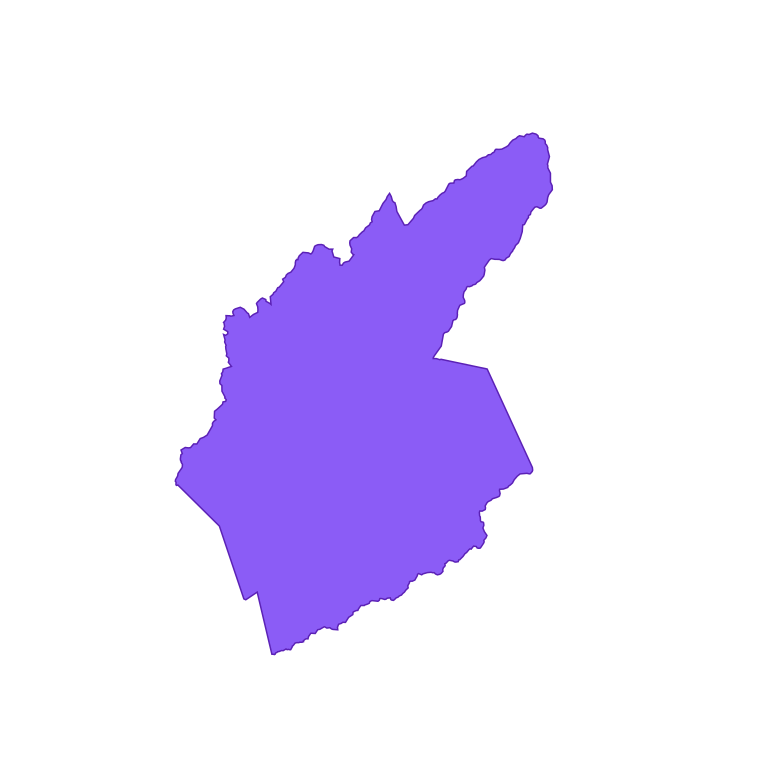 outline of Santa María, Catamarca, Argentina, rotated 27°
{"feature_id": "61730980B13734740101485", "entity_name": "Santa María", "entity_type": "district", "adm_level": 2, "iso_a3": "ARG", "parent_name": "Argentina", "parent_adm1": "Catamarca", "projection": "natural_earth1", "projection_center": [-66.174, -26.722], "detail": "fine", "context": "isolated", "style": "filled", "palette": "violet", "viewbox_px": 768, "rotation_deg": 27, "n_neighbors": 0, "source": "geoboundaries", "source_scale": "gbopen_adm2", "svg_char_len": 6155}
<svg xmlns="http://www.w3.org/2000/svg" viewBox="0 0 768 768"><g transform="rotate(27 384 384)"><path d="M444.8,140.6L445.8,134.5L443.8,131.0L440.7,128.6L436.6,120.6L431.9,117.1L430.7,114.8L429.8,114.0L428.2,106.3L423.4,100.9L422.5,99.0L420.6,97.4L418.6,96.6L417.5,94.6L416.5,93.7L414.4,93.3L410.5,94.6L409.2,94.0L408.8,93.1L408.0,92.7L406.0,92.3L402.3,93.1L400.0,95.8L397.9,96.5L397.1,98.0L396.7,100.0L392.0,101.3L390.9,103.1L390.1,105.5L388.0,108.2L386.9,111.9L386.5,115.1L385.3,117.2L382.3,121.3L379.9,122.8L377.2,124.0L376.7,125.4L376.9,126.9L376.4,128.2L375.9,128.5L374.9,131.1L372.9,132.4L371.7,135.3L369.0,137.6L366.7,140.8L365.5,144.1L364.5,149.2L363.5,150.1L361.1,157.0L362.8,161.2L361.2,164.7L359.5,167.0L358.4,167.8L357.0,168.2L354.9,169.7L354.4,170.7L355.0,173.2L351.7,175.1L351.0,176.3L351.0,184.6L350.5,186.2L349.3,187.5L348.1,190.2L347.3,193.1L347.2,195.1L345.7,195.7L344.4,198.4L341.0,201.3L339.2,203.7L338.0,206.6L338.3,210.1L338.0,211.4L337.3,212.8L334.8,219.9L335.0,223.0L333.0,231.2L330.0,233.2L317.1,224.4L314.3,220.5L311.4,217.5L309.9,217.6L308.2,216.8L305.4,213.7L302.4,211.6L301.8,215.5L302.1,218.7L301.1,223.5L301.1,231.8L297.6,234.4L297.4,240.3L298.3,243.2L299.8,244.8L298.7,246.7L298.9,248.8L296.7,253.2L296.5,256.8L295.7,258.1L294.3,262.1L293.9,264.5L293.1,266.0L290.4,267.3L288.7,271.8L289.4,273.8L290.7,275.7L293.8,278.2L294.9,281.4L297.3,282.5L298.4,282.5L297.1,290.4L294.0,293.0L293.0,294.6L292.8,297.2L290.9,298.1L289.2,295.8L287.7,292.3L281.6,293.6L277.3,289.1L277.1,287.1L273.9,288.8L268.7,288.5L267.4,287.7L265.0,288.1L262.0,289.8L260.6,291.3L259.7,292.8L260.4,297.5L260.4,299.7L259.8,301.4L257.1,301.5L252.0,303.5L250.3,308.2L250.3,310.5L250.8,312.3L249.8,312.6L249.9,313.1L249.3,313.9L249.8,315.9L250.9,318.2L251.3,321.8L250.2,326.7L248.3,329.0L247.5,331.2L247.7,333.8L246.1,336.6L248.2,338.4L246.7,345.2L245.6,346.5L245.5,350.4L244.3,352.8L244.4,354.6L243.0,357.8L247.2,364.4L245.3,364.0L241.4,363.9L240.3,362.4L236.6,362.6L235.5,364.3L234.0,368.9L233.9,370.3L236.4,372.5L238.0,375.1L239.0,377.5L236.1,381.3L234.1,385.6L231.2,382.8L230.0,382.8L225.3,380.9L221.1,380.9L217.4,384.6L216.4,386.3L216.4,388.1L217.2,389.4L219.2,391.1L216.7,393.2L215.9,393.1L212.2,394.8L213.5,396.9L213.9,399.0L213.1,402.0L213.7,402.2L215.8,405.0L216.2,408.0L221.0,408.3L222.0,410.2L220.7,412.6L218.6,412.7L222.4,416.9L222.9,418.9L225.8,421.3L225.8,422.3L227.2,424.6L230.3,428.5L230.7,430.5L234.0,431.4L235.2,433.8L235.4,435.3L240.1,437.6L233.9,443.8L234.8,446.3L234.5,448.7L235.7,449.6L236.3,455.9L237.7,458.2L240.2,458.9L242.9,464.0L248.3,467.8L248.4,468.7L250.6,469.6L250.8,471.4L248.7,473.0L249.3,475.4L246.8,482.2L245.4,485.2L248.2,491.4L250.5,492.2L249.2,494.7L249.0,496.9L250.1,499.0L249.6,509.8L247.4,513.5L245.0,516.1L244.5,522.4L241.6,523.8L240.5,528.5L238.8,529.7L235.7,530.8L233.1,535.0L235.9,537.6L235.2,539.3L236.6,543.3L237.7,544.8L238.5,544.8L238.9,545.9L240.9,547.1L241.9,549.4L242.0,550.4L241.1,557.1L241.9,559.8L241.7,563.8L242.2,565.4L243.3,565.9L244.4,568.3L245.3,568.5L246.2,567.6L301.8,585.3L356.7,639.1L358.8,639.0L365.5,627.0L406.8,675.7L408.2,675.0L409.1,674.9L409.7,674.1L409.5,673.4L409.6,672.8L410.5,671.8L410.7,670.8L411.8,670.2L413.7,668.0L415.2,667.4L417.0,664.6L418.3,664.7L419.2,663.9L421.1,663.4L421.5,663.0L421.6,660.0L421.3,659.1L421.8,658.4L422.4,655.2L423.6,654.1L425.6,653.1L426.0,652.4L428.2,651.3L429.3,650.1L428.7,649.6L429.6,647.3L430.4,646.3L432.0,645.6L431.4,643.3L431.9,639.7L432.1,639.2L436.0,637.5L436.5,633.0L438.2,631.7L440.8,627.7L441.2,627.3L443.9,627.4L446.4,625.7L448.4,626.1L449.8,625.9L454.4,624.0L453.0,621.9L452.6,618.7L454.6,616.7L455.5,615.0L457.9,613.9L458.4,608.0L460.9,603.6L460.1,601.5L460.2,600.9L461.9,598.7L463.5,597.6L463.4,596.0L463.9,591.9L467.0,590.3L467.1,589.8L469.3,587.5L470.4,586.1L470.2,584.2L471.5,582.5L477.3,580.3L478.0,578.9L477.7,577.1L478.1,576.8L479.5,576.2L482.6,575.6L483.6,574.6L484.1,573.4L486.6,571.7L487.9,572.9L488.6,573.1L490.5,572.6L491.1,571.7L492.0,568.9L493.2,567.7L493.9,565.8L495.4,564.1L495.8,562.2L496.7,560.1L497.0,557.8L498.1,554.7L496.8,553.0L496.9,549.4L496.5,548.7L496.9,547.8L498.7,546.9L500.5,544.7L500.7,539.7L500.3,538.3L500.9,537.2L504.2,536.9L505.0,535.4L508.2,532.4L511.4,530.4L513.3,530.0L514.3,529.3L516.2,529.9L518.2,529.8L520.1,528.2L520.9,526.9L521.6,524.2L520.6,522.7L520.4,521.2L520.3,520.4L520.9,519.3L520.9,518.0L519.8,516.5L520.6,515.5L521.5,512.3L522.3,511.4L525.7,510.4L527.6,510.5L528.8,510.1L530.8,508.6L530.4,506.9L531.2,506.3L531.6,505.1L532.7,501.8L533.2,498.3L534.1,496.7L534.9,493.0L535.5,491.8L536.6,491.6L537.4,487.8L540.0,486.9L541.4,487.8L542.7,487.5L544.1,486.7L544.4,485.9L545.0,480.7L544.9,479.2L543.9,478.0L544.7,474.9L544.5,472.2L540.5,470.0L537.5,467.4L537.1,464.5L535.7,462.4L534.9,462.1L533.0,462.7L532.0,462.0L530.1,458.7L529.0,458.0L527.2,455.0L527.0,453.7L529.2,452.7L531.2,449.9L530.7,448.3L529.5,446.7L529.7,442.9L530.3,441.3L532.1,439.1L532.7,437.0L535.8,434.0L537.4,432.1L537.7,431.2L537.2,428.9L535.3,426.6L534.8,425.3L538.1,423.4L541.2,420.0L541.4,418.3L542.4,416.6L543.4,413.9L543.5,410.1L544.6,405.6L546.1,402.3L551.9,398.7L554.3,398.1L555.1,397.5L555.8,394.7L555.6,393.3L554.1,391.0L469.1,323.8L423.6,336.1L422.7,337.0L419.1,337.6L416.3,339.0L415.9,337.9L416.1,335.6L417.8,324.2L414.3,312.6L414.7,310.8L416.7,308.9L417.4,307.7L418.1,302.1L416.7,296.4L417.0,295.3L418.6,293.9L418.9,292.3L418.8,291.2L418.0,288.9L417.4,288.1L416.1,285.0L415.8,279.5L419.1,275.6L418.9,274.4L417.9,272.9L415.2,270.8L414.1,268.2L413.5,265.7L414.1,261.9L413.7,260.3L414.2,259.2L416.1,258.4L417.8,256.6L418.4,255.1L419.8,254.0L420.4,253.0L420.6,251.5L422.4,248.6L423.0,246.5L423.8,242.6L423.5,240.8L422.2,236.7L420.4,234.4L421.6,225.6L422.6,223.6L426.1,222.6L430.2,220.6L433.4,220.2L434.6,219.6L435.6,218.4L435.8,216.4L437.6,213.6L437.5,210.4L438.3,207.0L438.1,206.6L438.5,203.3L438.3,200.9L439.6,197.2L439.3,192.5L438.0,185.5L435.4,179.3L436.5,178.4L436.7,177.7L436.7,172.2L437.2,170.1L436.4,168.7L436.7,167.6L437.5,166.6L436.8,163.9L438.1,158.0L439.8,156.6L443.2,156.6L444.3,155.9L446.2,151.8L446.7,150.0L446.7,147.9L445.2,143.5L444.8,140.6Z" fill="#8b5cf6" stroke="#5b21b6" stroke-width="1.5"/></g></svg>